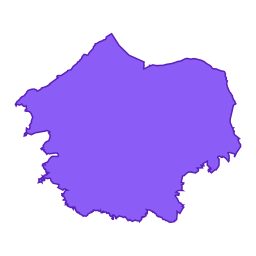 Jenin, West Bank, Palestine
{"feature_id": "87354302B37411468451868", "entity_name": "Jenin", "entity_type": "district", "adm_level": 2, "iso_a3": "PSE", "parent_name": "Palestine", "parent_adm1": "West Bank", "projection": "mercator", "projection_center": [35.215, 32.426], "detail": "fine", "context": "isolated", "style": "filled", "palette": "violet", "viewbox_px": 256, "rotation_deg": 0, "n_neighbors": 0, "source": "geoboundaries", "source_scale": "gbopen_adm2", "svg_char_len": 5782}
<svg xmlns="http://www.w3.org/2000/svg" viewBox="0 0 256 256"><path d="M65.4,203.9L65.4,204.4L66.6,203.3L67.0,203.5L67.8,204.6L67.0,204.5L66.8,204.9L67.4,205.9L70.9,207.6L72.0,206.8L73.2,209.1L73.6,207.4L74.2,206.8L74.9,207.1L74.8,208.3L75.5,209.9L75.7,209.5L76.1,210.8L76.8,211.9L77.1,211.6L77.6,212.0L77.4,212.5L78.2,212.9L78.6,213.0L78.8,212.5L79.4,212.8L79.4,213.7L83.3,215.8L83.3,216.1L83.9,215.8L86.1,216.2L87.6,215.1L87.9,214.1L90.2,212.8L91.1,212.6L91.3,212.0L92.1,212.1L92.4,211.8L91.8,211.8L91.9,211.4L93.3,211.2L93.5,210.1L94.4,210.1L95.2,210.6L98.1,210.3L98.1,210.7L99.1,211.2L99.9,211.2L100.3,210.3L101.2,212.7L102.3,212.7L102.6,211.9L103.0,212.4L103.5,212.3L103.7,211.6L104.6,212.2L105.8,212.0L106.7,212.6L106.8,213.3L108.1,213.4L108.6,212.8L109.5,213.8L109.8,214.8L110.0,214.6L109.7,215.3L110.6,216.3L111.9,216.0L111.9,216.6L112.6,217.2L111.8,218.4L112.6,219.3L113.3,219.2L113.5,217.6L113.0,217.6L113.0,215.0L113.8,215.0L115.4,216.8L115.8,218.5L116.3,218.6L116.3,217.0L117.3,217.5L119.3,215.8L120.2,216.4L122.3,216.6L123.2,217.5L123.9,217.4L124.7,216.6L125.3,216.9L128.1,220.6L129.0,220.4L129.4,219.5L132.3,221.4L135.1,220.1L136.3,220.6L139.4,221.0L139.5,221.6L141.6,219.4L141.5,217.6L142.0,217.0L142.3,217.6L143.0,217.5L143.2,217.1L143.1,216.7L144.6,216.8L146.0,215.7L145.4,214.4L145.7,213.5L146.1,213.1L146.9,213.9L147.4,212.8L147.2,210.7L146.5,209.6L150.4,210.3L151.8,211.3L152.8,211.4L152.9,212.3L154.6,212.4L154.9,213.4L156.0,213.9L156.6,215.3L157.5,216.3L158.4,216.7L158.8,216.2L159.6,216.9L161.9,217.5L162.9,219.4L164.9,219.6L165.7,220.5L167.3,220.7L168.7,221.8L170.3,222.3L174.7,221.5L174.6,220.6L176.6,219.7L177.2,213.2L177.0,211.5L179.9,213.4L182.2,209.3L183.8,207.1L182.3,206.3L183.5,205.0L182.3,204.8L180.7,203.1L179.1,202.5L177.1,198.4L175.1,195.8L175.7,195.0L178.7,195.3L178.6,193.9L179.1,193.9L179.1,193.3L175.9,192.3L177.2,191.1L179.2,190.4L182.8,190.5L181.8,189.8L182.1,187.3L181.9,185.3L181.5,184.7L183.4,184.1L183.8,183.0L181.2,182.3L182.6,176.0L184.6,175.4L185.1,174.6L188.0,172.2L190.8,172.0L195.5,173.0L198.3,170.9L198.5,169.5L197.2,168.1L202.5,167.8L201.1,165.3L203.3,165.4L203.2,165.9L203.9,165.9L203.8,165.1L203.1,164.3L203.1,163.6L207.4,161.1L207.2,165.2L208.8,166.4L209.6,168.3L210.5,167.9L211.0,169.0L210.2,169.8L209.6,169.4L208.5,169.4L208.6,170.0L208.2,170.4L208.6,171.6L209.4,171.2L211.5,172.8L215.1,169.7L216.1,169.9L218.7,166.1L219.0,164.8L219.1,159.1L217.7,157.7L217.8,156.7L219.8,156.1L221.3,157.4L222.4,157.3L222.7,156.5L224.1,157.1L226.0,158.5L228.5,161.6L229.0,160.9L228.3,160.6L229.1,159.2L229.1,155.8L228.0,152.8L229.7,152.5L234.7,153.9L235.0,154.4L234.4,156.3L234.7,156.5L236.4,152.9L240.6,146.6L240.5,144.4L239.2,142.8L238.0,139.4L239.5,138.7L234.4,134.6L233.6,132.1L234.2,131.8L234.3,131.2L233.4,130.6L232.7,128.7L233.5,127.9L232.3,127.7L230.1,122.3L230.2,119.2L233.4,105.3L234.8,104.3L235.6,104.1L235.8,103.5L235.1,102.6L234.6,100.9L233.5,99.7L232.4,96.7L232.3,95.5L231.5,94.7L230.7,93.1L229.7,92.3L227.8,87.9L226.9,85.3L226.7,82.5L227.4,81.0L226.0,79.5L226.4,77.7L225.3,76.3L225.4,73.8L224.5,71.8L224.0,71.4L220.8,70.8L216.1,68.9L213.2,68.8L212.1,68.1L211.2,66.5L209.8,65.4L206.6,63.6L204.3,61.7L201.0,60.2L194.9,58.7L192.9,58.7L191.1,59.2L187.1,58.4L185.5,58.7L180.0,61.3L178.8,61.2L172.0,63.5L166.3,64.4L163.3,65.3L156.3,65.6L152.8,64.9L150.2,65.9L150.2,65.5L149.5,65.4L149.5,66.0L149.8,66.0L143.9,69.0L143.9,67.7L143.5,67.2L143.9,66.4L144.1,65.2L143.7,64.2L144.1,62.0L129.1,55.3L119.1,45.5L111.6,33.7L106.3,36.9L106.2,38.2L105.5,39.5L103.6,39.9L102.3,40.8L99.4,41.8L96.6,43.6L95.3,43.7L95.0,44.2L95.0,45.2L93.5,46.7L93.2,48.5L89.4,52.5L88.0,55.0L87.3,55.2L85.1,54.5L83.9,54.5L82.1,56.8L81.4,58.8L79.9,60.0L79.7,60.9L77.6,62.1L77.1,63.4L73.4,66.2L71.1,69.7L67.7,70.6L67.4,71.3L61.2,75.5L57.5,75.6L56.8,76.9L58.1,77.7L49.9,83.6L49.1,84.6L49.4,84.8L45.1,87.0L41.5,88.0L40.9,89.2L37.3,91.2L36.2,89.8L34.3,89.1L31.9,89.2L28.1,90.4L26.9,91.7L26.4,93.0L24.0,95.9L21.5,97.0L18.5,100.5L17.2,101.4L15.4,104.3L16.1,105.8L16.8,104.2L19.4,105.1L21.4,104.5L21.7,104.1L23.4,106.1L24.4,106.4L26.1,105.9L26.3,106.5L26.2,107.7L26.7,109.0L25.9,110.0L25.4,109.7L25.1,110.9L26.8,111.3L27.7,111.1L29.6,111.8L31.0,113.3L32.7,117.3L31.5,120.6L31.2,122.5L31.4,122.9L30.8,123.3L29.4,125.5L30.1,126.4L29.6,129.0L28.0,129.1L26.5,128.1L26.3,129.8L26.5,131.3L25.9,132.5L24.6,133.5L24.2,136.0L25.9,135.5L25.6,135.0L26.7,134.4L26.3,133.2L26.8,132.8L31.3,134.7L35.3,132.8L45.7,131.0L46.3,130.4L49.4,131.4L49.8,132.2L48.6,132.8L50.3,135.7L49.0,140.4L45.5,142.3L43.1,145.7L43.6,147.0L41.0,148.5L41.3,149.2L41.9,148.9L41.8,149.4L42.7,149.1L43.0,149.8L44.0,149.5L44.2,149.9L43.6,150.5L44.7,151.8L45.0,151.7L46.8,154.3L47.7,153.6L48.5,153.5L49.6,153.8L55.2,153.0L57.2,153.1L58.0,154.1L58.3,155.0L58.3,155.9L57.8,156.5L52.8,156.3L51.4,156.8L49.2,159.3L47.4,162.4L46.6,162.3L44.4,163.4L44.8,164.3L43.8,163.6L43.0,163.9L42.4,164.9L42.4,165.8L43.5,165.9L43.5,167.5L44.6,169.3L45.2,169.0L45.8,169.7L45.8,171.1L46.5,171.5L46.7,172.3L46.3,172.3L46.2,172.7L46.8,173.0L48.2,172.3L48.9,172.7L47.7,173.2L47.5,174.0L46.7,174.0L46.4,174.9L45.3,174.9L44.3,175.3L43.7,176.2L44.0,176.7L43.8,176.9L42.5,176.1L43.5,178.2L42.3,177.4L41.9,178.1L41.4,177.9L41.2,178.1L41.5,178.4L40.9,179.0L38.9,178.9L38.8,179.4L39.4,179.7L38.4,182.6L40.5,182.0L41.6,182.2L42.0,182.6L41.8,179.9L42.7,179.8L43.2,180.5L44.5,180.5L44.9,178.4L45.9,177.9L47.4,178.7L49.1,178.2L50.4,178.4L51.1,180.9L53.1,183.2L58.9,184.5L58.4,187.0L57.9,187.5L58.6,187.9L62.9,190.1L64.3,188.8L67.4,190.1L65.6,190.4L64.4,192.1L64.4,192.8L63.4,193.4L63.5,194.1L61.8,193.8L61.8,194.1L62.2,194.5L61.9,195.5L63.2,195.9L63.0,196.6L64.4,197.0L65.1,199.2L63.8,199.4L63.2,199.8L63.2,200.1L65.0,199.9L65.3,200.6L66.0,200.7L66.4,201.6L65.3,202.8L65.6,203.8L65.4,203.9Z" fill="#8b5cf6" stroke="#5b21b6" stroke-width="1.5"/></svg>